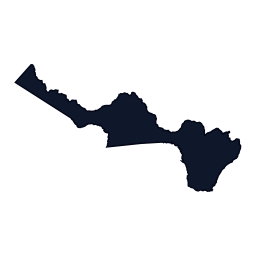 Teruel, Huila, Colombia (orthographic projection)
{"feature_id": "7082276B17617494286143", "entity_name": "Teruel", "entity_type": "district", "adm_level": 2, "iso_a3": "COL", "parent_name": "Colombia", "parent_adm1": "Huila", "projection": "orthographic", "projection_center": [-75.687, 2.832], "detail": "fine", "context": "isolated", "style": "filled", "palette": "ink", "viewbox_px": 256, "rotation_deg": 0, "n_neighbors": 0, "source": "geoboundaries", "source_scale": "gbopen_adm2", "svg_char_len": 5894}
<svg xmlns="http://www.w3.org/2000/svg" viewBox="0 0 256 256"><path d="M200.1,190.0L201.3,189.9L202.2,190.5L203.2,190.6L203.8,190.3L204.1,189.9L204.5,189.9L205.2,190.3L206.0,190.2L206.7,190.5L206.9,190.9L207.3,191.1L207.9,191.2L208.9,190.8L209.5,191.1L209.9,191.0L210.1,190.5L211.9,190.6L212.0,190.1L212.5,189.9L212.5,189.7L212.0,189.2L211.5,189.1L211.4,188.9L212.5,186.7L212.9,186.3L212.7,185.3L213.4,185.3L213.9,185.3L214.1,185.6L214.5,185.4L215.3,183.4L216.3,182.3L216.2,181.2L218.4,175.5L220.7,172.0L221.3,170.7L222.2,169.4L224.2,167.9L224.6,166.9L226.1,165.2L226.9,164.7L227.4,164.0L228.4,163.7L229.9,162.6L231.6,162.1L232.0,161.6L232.3,161.6L232.2,161.0L232.8,160.2L235.6,158.4L236.4,158.2L236.5,157.7L237.5,156.7L237.7,155.6L237.5,155.1L238.9,153.1L239.1,151.7L240.5,148.0L240.4,147.2L240.6,146.5L240.4,145.4L239.2,144.1L239.4,142.3L239.0,139.5L237.1,139.0L236.5,139.0L235.7,139.5L235.0,140.6L233.8,140.9L232.6,141.6L232.0,141.5L231.7,141.2L229.8,140.8L230.0,139.6L229.7,138.3L228.0,138.0L228.0,137.7L228.2,135.4L227.8,134.8L227.8,133.9L228.1,133.6L228.1,133.0L228.3,132.8L229.2,132.7L229.5,132.5L229.3,131.6L228.6,131.7L228.3,132.1L227.5,132.4L226.9,132.1L226.6,132.3L226.1,132.3L225.8,132.6L225.4,132.5L224.9,132.9L224.2,132.9L224.0,133.5L223.5,133.5L223.3,134.0L222.7,134.0L222.3,133.8L222.5,133.4L222.2,133.2L221.9,132.6L221.5,132.5L221.3,132.1L221.5,131.8L221.3,131.5L221.0,131.5L220.4,130.7L219.6,130.3L219.2,129.8L218.5,129.6L218.4,128.9L217.9,129.0L217.1,128.4L216.7,128.5L215.9,128.7L214.8,129.6L214.1,129.8L212.9,130.5L212.4,131.0L211.3,131.5L210.7,132.3L209.5,132.4L209.3,132.7L207.8,132.9L207.5,133.2L206.9,133.5L205.0,135.6L204.7,135.3L204.7,134.5L204.3,133.7L204.4,132.6L204.2,131.8L204.4,130.4L203.9,129.1L203.6,126.9L203.3,126.4L202.4,125.7L201.7,124.1L200.5,122.9L199.6,122.5L199.1,122.4L197.6,122.9L196.3,122.7L194.1,121.4L191.6,121.7L189.8,120.7L188.8,120.4L187.1,120.4L186.5,120.9L185.7,120.9L184.7,121.5L184.4,122.6L183.1,123.5L182.3,124.4L181.7,126.9L181.2,128.2L180.4,128.7L178.8,130.8L177.6,131.5L175.6,132.2L174.1,132.4L172.6,132.2L171.5,132.8L171.0,132.7L169.1,131.5L168.5,130.6L168.0,130.4L167.8,130.5L167.6,131.0L167.3,131.1L166.1,130.6L163.8,130.0L163.2,129.7L162.7,128.6L160.3,127.9L159.0,127.8L158.2,127.2L157.7,126.1L157.5,125.1L155.8,123.9L155.6,121.2L156.3,118.7L155.7,117.3L155.4,115.8L155.2,115.5L154.6,115.0L153.0,114.6L151.5,113.7L149.5,113.1L147.8,111.9L147.2,111.2L146.4,109.0L146.4,108.4L146.6,107.5L146.4,106.5L145.8,106.1L145.5,105.6L145.6,104.9L144.2,103.4L142.6,102.9L141.7,101.9L142.1,100.9L141.4,99.3L141.2,99.0L140.2,99.2L139.7,98.9L138.8,98.9L138.5,98.7L138.1,98.2L137.8,97.4L137.1,96.4L136.1,95.3L135.5,94.9L134.9,93.3L133.6,92.6L132.8,92.5L131.9,92.7L131.8,93.0L131.9,93.7L131.7,94.1L130.3,95.6L129.8,95.8L128.0,94.5L127.3,93.7L125.4,93.5L125.0,93.3L124.8,93.0L122.9,93.7L122.5,94.1L120.9,93.7L119.9,94.5L119.2,94.5L118.7,96.4L117.8,97.5L117.5,98.2L117.1,98.4L116.9,99.2L116.6,99.8L114.9,100.0L114.6,100.9L113.9,101.1L112.5,102.2L112.0,104.0L110.7,105.2L109.8,105.5L105.1,105.6L102.5,106.4L102.1,106.7L101.4,107.8L97.9,110.1L96.8,110.5L95.6,110.4L94.4,111.2L93.1,111.2L91.8,111.5L90.3,111.2L88.6,111.1L87.2,111.3L86.1,110.7L84.7,108.7L83.1,108.3L81.5,107.4L80.2,106.2L79.1,104.8L77.4,104.7L76.9,103.8L76.2,101.0L75.9,100.4L74.6,100.5L72.3,100.2L71.7,100.5L70.2,102.0L69.6,101.6L68.7,101.6L68.3,100.2L67.8,99.5L67.3,99.4L66.6,99.5L66.3,99.2L66.0,97.9L66.1,96.2L65.8,95.4L65.1,95.1L62.7,94.4L61.7,93.7L61.2,93.6L60.2,94.1L58.1,93.9L57.9,93.6L57.5,93.1L57.9,90.4L55.4,90.0L53.8,90.8L53.3,90.8L51.5,90.2L50.7,90.3L49.7,91.0L49.2,91.8L48.6,92.4L47.8,92.4L47.0,92.0L46.4,91.2L45.5,89.6L45.9,88.0L45.5,86.3L45.2,85.9L45.0,84.7L44.7,84.0L44.2,83.9L42.9,84.3L42.3,83.3L41.8,80.7L40.4,80.7L39.5,80.5L37.8,79.4L37.0,78.4L36.9,77.5L35.2,75.9L35.2,75.4L35.4,74.8L35.1,73.6L35.1,72.8L34.5,72.1L34.0,71.9L34.7,70.6L34.5,69.7L34.7,69.1L33.8,67.6L33.7,66.5L32.6,65.0L32.3,64.8L31.1,64.8L15.4,82.4L71.3,118.1L71.3,118.4L72.0,119.5L73.0,119.8L73.1,120.5L73.8,121.4L74.1,122.1L74.8,123.2L75.3,123.6L75.5,124.1L76.7,124.6L77.0,125.4L77.3,125.6L77.3,126.4L78.1,127.2L80.2,127.5L81.4,127.0L82.3,127.0L82.6,126.9L82.8,126.4L83.7,126.5L84.7,126.1L86.5,124.7L88.4,123.8L91.2,123.6L92.1,123.3L93.0,123.7L93.3,124.2L93.9,124.5L95.6,124.1L97.7,125.1L98.3,124.9L99.6,125.7L99.8,125.6L99.7,125.4L99.8,125.2L100.6,125.3L101.1,126.1L102.0,126.5L102.7,128.3L103.1,128.5L103.9,128.6L104.3,128.9L104.5,130.0L103.9,130.3L104.0,130.7L105.4,132.2L106.4,132.1L106.6,132.5L107.3,132.7L107.5,132.5L108.4,132.5L108.9,133.3L108.6,135.8L108.2,136.7L108.2,137.4L109.2,137.8L109.2,138.0L108.8,138.3L108.3,139.5L108.3,140.1L107.9,140.7L107.8,141.4L108.1,142.5L107.6,144.3L107.5,145.4L107.6,145.9L107.0,146.5L106.8,146.9L141.0,143.3L162.4,142.0L163.6,142.6L164.3,142.1L165.0,142.1L165.5,142.3L166.2,142.7L166.6,142.7L167.3,142.3L168.1,142.5L168.9,142.4L169.6,142.7L170.4,142.8L171.0,142.5L170.9,142.9L171.7,143.6L172.3,143.6L172.4,143.2L173.1,143.3L173.3,143.0L173.6,143.0L173.8,143.5L174.2,143.5L175.1,145.2L175.5,145.4L176.2,145.7L176.9,145.3L177.5,145.6L178.3,145.5L178.5,146.1L178.4,146.6L178.2,146.9L178.2,147.2L178.5,147.5L178.9,147.5L179.2,148.5L179.4,148.8L179.9,148.7L180.5,148.9L180.1,149.6L180.7,150.3L180.5,150.5L180.6,151.6L180.9,151.7L181.0,152.1L181.6,152.6L181.7,153.5L182.4,154.0L182.8,154.9L182.3,155.9L182.0,157.5L182.1,157.9L182.4,158.1L182.1,158.7L182.3,158.8L182.8,158.8L182.9,159.4L182.7,159.7L182.8,160.1L183.3,160.4L183.0,160.7L183.0,160.9L182.5,161.3L181.9,161.2L182.5,161.8L184.6,162.9L186.0,165.0L186.1,166.0L186.6,167.0L186.9,167.9L187.2,170.2L187.9,171.5L187.9,171.9L187.7,172.5L188.5,173.9L188.4,175.2L187.4,176.0L187.5,177.4L187.2,178.3L187.3,178.9L187.8,179.3L188.3,182.5L188.3,185.7L188.5,186.1L189.5,186.2L191.1,187.4L192.4,187.6L193.6,188.0L195.8,190.1L197.3,190.7L198.5,190.8L200.1,190.0Z" fill="#0f172a" stroke="#020617" stroke-width="1.5"/></svg>